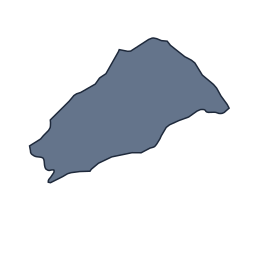 an SVG outline of Chimaltenango, rotated 40°
{"feature_id": "GTM-1949", "entity_name": "Chimaltenango", "entity_type": "Department", "adm_level": 1, "iso_a3": "GTM", "parent_name": "Guatemala", "parent_adm1": "", "projection": "natural_earth1", "projection_center": [-90.916, 14.662], "detail": "fine", "context": "isolated", "style": "filled", "palette": "slate", "viewbox_px": 256, "rotation_deg": 40, "n_neighbors": 0, "source": "natural_earth", "source_scale": "10m", "svg_char_len": 1407}
<svg xmlns="http://www.w3.org/2000/svg" viewBox="0 0 256 256"><g transform="rotate(40 128 128)"><path d="M162.2,89.6L157.8,98.8L156.9,103.0L158.5,112.6L159.4,115.7L160.3,121.6L160.4,123.7L160.3,125.2L159.5,126.8L157.8,129.2L154.0,138.5L146.9,144.4L134.1,160.6L128.0,174.0L126.4,183.2L126.6,185.1L126.7,185.5L119.1,192.3L113.2,198.7L111.3,201.5L110.9,202.4L109.2,207.2L103.8,219.7L101.8,220.8L101.0,219.9L100.6,219.0L100.4,217.9L100.4,215.2L99.8,209.8L99.1,208.5L98.3,207.9L97.6,208.2L96.5,209.2L95.1,211.0L94.3,211.6L93.2,212.0L91.2,212.2L89.6,211.4L87.9,210.1L85.1,207.3L83.7,206.2L82.4,205.7L81.5,205.8L80.7,206.1L80.0,206.4L76.3,208.8L75.3,209.3L74.0,209.7L71.4,210.0L70.1,209.8L68.8,209.1L68.1,208.3L64.1,205.0L68.1,192.6L68.1,188.3L68.7,180.8L68.1,177.6L67.1,176.1L65.3,173.8L63.3,171.8L65.7,145.3L65.7,137.9L66.6,134.9L68.9,131.2L74.7,115.4L74.1,108.2L74.3,107.1L76.2,100.6L71.6,75.7L70.9,73.6L78.5,69.4L80.6,67.4L86.9,46.9L88.7,43.6L89.3,43.1L89.8,42.6L92.6,41.1L97.4,39.6L102.2,36.3L107.3,37.4L125.7,36.9L129.1,36.1L133.0,35.3L137.4,35.2L150.9,39.7L165.5,39.7L170.3,40.5L178.6,43.7L188.8,46.2L192.7,47.8L191.9,52.9L191.8,53.8L191.5,54.7L191.1,55.5L190.6,56.4L189.6,57.4L188.3,58.4L185.2,59.6L183.8,60.6L179.5,64.4L178.1,65.1L177.0,65.2L176.3,64.9L175.4,64.8L174.7,64.9L174.0,65.3L172.8,66.2L171.6,67.4L170.0,70.7L167.4,80.6L162.2,89.6Z" fill="#64748b" stroke="#1e293b" stroke-width="1.5"/></g></svg>